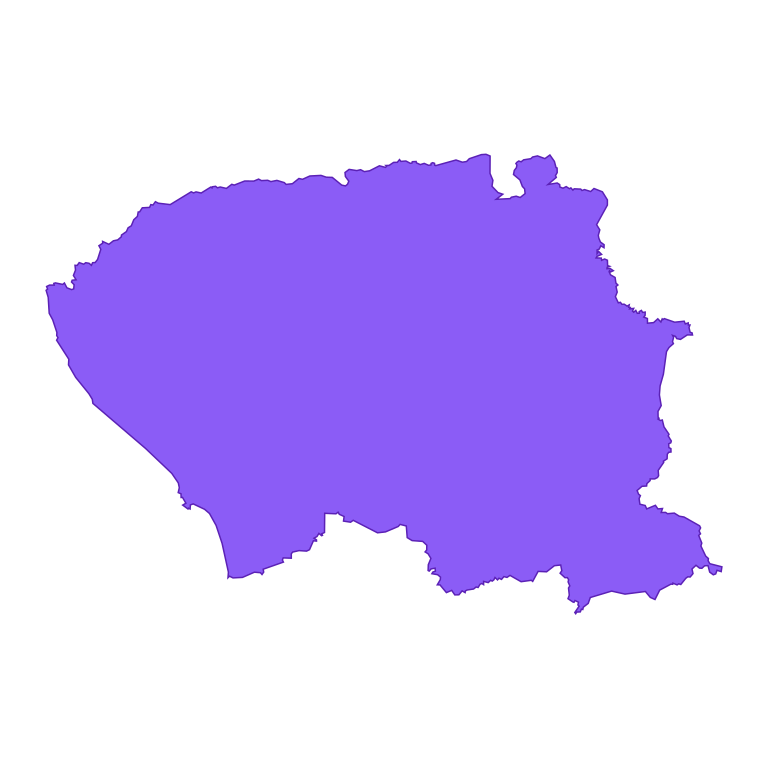 the district of Cabo Corrientes, Jalisco, Mexico
{"feature_id": "50627088B86222630376242", "entity_name": "Cabo Corrientes", "entity_type": "district", "adm_level": 2, "iso_a3": "MEX", "parent_name": "Mexico", "parent_adm1": "Jalisco", "projection": "albers", "projection_center": [-105.39, 20.333], "detail": "fine", "context": "isolated", "style": "filled", "palette": "violet", "viewbox_px": 768, "rotation_deg": 0, "n_neighbors": 0, "source": "geoboundaries", "source_scale": "gbopen_adm2", "svg_char_len": 6090}
<svg xmlns="http://www.w3.org/2000/svg" viewBox="0 0 768 768"><path d="M490.1,156.0L486.0,154.3L481.4,154.6L469.3,158.7L466.6,161.5L462.4,162.2L456.0,160.0L435.8,165.6L434.8,165.3L434.5,163.3L432.7,162.7L431.1,163.4L431.0,164.9L428.6,165.3L424.2,163.4L420.3,164.6L416.5,162.9L416.1,161.5L412.3,161.7L411.9,163.1L410.3,163.3L405.9,161.0L400.9,161.4L399.5,159.6L397.3,162.3L393.6,162.4L389.1,165.4L386.0,165.5L386.7,166.1L385.5,167.4L379.4,165.8L369.6,170.8L364.3,171.6L360.6,169.7L356.8,170.6L349.1,169.4L345.0,172.5L345.4,176.5L348.8,181.2L347.5,184.3L345.5,185.9L341.7,185.1L332.3,177.4L326.3,177.2L321.0,175.4L309.8,176.0L302.5,179.3L298.9,178.5L292.4,183.7L286.1,184.4L284.3,182.6L276.9,180.4L270.9,181.6L267.7,180.3L261.4,180.6L258.6,179.1L253.8,181.1L244.7,181.0L234.2,185.1L231.8,184.3L226.4,188.4L220.2,187.0L217.4,187.8L215.6,186.3L212.2,186.8L212.0,187.9L210.7,187.1L201.2,193.0L196.0,191.9L193.6,192.9L191.2,191.8L170.2,204.6L158.3,203.2L155.4,201.7L153.0,205.0L150.8,204.6L149.6,207.4L142.3,207.8L139.6,211.9L138.2,212.0L137.4,216.4L133.8,219.7L131.3,225.8L128.1,227.8L126.4,231.6L121.5,235.0L121.3,236.8L117.7,239.9L113.4,240.8L108.9,244.3L102.6,241.4L102.7,243.2L98.9,245.7L100.8,249.3L97.6,259.4L95.2,262.5L92.6,262.7L91.4,265.3L89.1,263.3L85.7,262.7L83.7,264.2L79.2,262.6L77.2,265.4L75.0,265.3L75.5,270.1L73.4,275.5L76.1,279.8L72.2,280.2L71.5,282.0L74.1,284.7L73.7,288.9L71.6,289.6L66.9,287.8L64.4,283.0L62.7,284.4L55.4,282.9L53.8,283.4L54.2,285.1L49.5,285.1L46.6,286.5L47.6,289.1L46.1,290.3L48.2,297.3L49.2,313.3L52.7,319.8L56.9,332.5L56.7,335.6L58.0,337.6L56.6,340.2L68.8,359.2L68.5,364.9L75.7,377.4L88.9,393.7L92.3,399.3L92.9,403.4L145.5,448.4L171.8,473.4L178.3,482.9L179.3,487.7L178.2,492.6L181.0,493.8L181.1,497.5L182.5,497.4L185.9,503.2L182.7,505.1L188.0,509.0L188.5,508.2L190.1,509.0L190.4,504.9L193.2,503.9L204.6,509.3L209.5,513.5L216.1,525.4L222.1,543.4L228.4,572.1L228.0,577.7L229.5,576.2L233.0,577.9L242.5,577.4L254.4,572.2L260.4,572.7L262.0,574.5L263.7,572.1L263.2,569.2L283.4,562.1L282.4,560.0L283.2,557.9L291.3,558.2L291.3,553.8L292.6,552.1L299.0,550.6L306.6,551.1L309.5,549.7L313.4,540.8L316.5,541.1L316.5,539.9L314.0,538.2L317.0,536.5L318.9,533.4L321.6,535.7L322.5,535.3L321.7,533.8L324.5,532.5L324.7,513.3L336.0,513.8L338.1,512.2L339.3,514.3L344.1,516.5L343.5,521.1L350.6,522.2L353.2,520.3L377.5,532.8L385.5,531.9L398.2,526.5L400.1,524.4L406.3,526.0L407.2,537.6L412.1,540.6L422.7,541.4L426.8,545.2L426.7,550.0L425.1,551.9L428.1,553.8L430.9,558.4L428.3,564.7L428.1,570.5L429.2,571.1L431.1,568.9L435.1,568.2L435.4,571.2L432.9,572.0L431.9,573.7L437.6,574.7L440.5,577.1L440.3,579.6L437.3,584.8L440.0,584.9L446.4,592.6L451.7,590.4L454.8,594.9L458.9,594.8L462.1,590.9L465.1,592.6L465.4,590.9L467.2,590.0L473.6,589.0L476.1,587.0L478.1,587.5L480.1,584.2L481.9,583.5L483.6,584.6L483.6,581.4L488.2,582.6L490.7,580.3L492.2,581.1L493.8,579.9L495.0,577.5L497.5,579.9L499.0,578.2L501.5,579.4L503.9,576.6L507.0,577.4L510.0,575.4L521.1,581.7L531.3,580.3L532.7,581.4L538.1,571.4L546.6,571.8L554.4,565.7L560.7,565.0L561.8,570.7L560.1,573.2L565.0,577.7L567.4,577.6L568.6,579.7L568.1,581.9L569.8,585.9L568.5,588.0L569.3,595.2L568.0,598.7L572.9,602.0L574.0,602.3L575.0,600.5L578.5,602.2L577.9,604.9L579.1,606.2L574.8,612.5L575.7,613.7L576.7,612.1L580.3,611.9L581.4,609.2L582.8,609.5L583.3,607.2L588.2,603.4L590.3,597.5L611.6,591.1L625.0,594.1L645.4,591.5L650.3,597.4L655.0,599.5L659.7,590.1L671.0,584.1L672.7,584.3L672.9,583.1L677.1,584.9L678.7,583.8L680.8,584.5L685.8,578.3L687.8,576.8L690.2,577.0L693.0,573.6L692.0,569.0L696.0,565.3L699.5,568.1L701.9,568.3L704.6,565.8L708.0,565.6L709.7,572.1L713.3,574.8L715.7,573.9L717.0,570.3L721.2,571.6L721.9,566.8L709.8,563.7L708.1,560.7L708.4,558.5L705.7,556.1L700.9,546.0L701.8,543.1L698.7,535.4L700.5,533.8L699.1,530.9L700.6,527.9L699.6,525.8L684.0,517.0L679.3,516.2L674.3,513.1L667.4,513.7L665.6,512.4L661.2,512.5L662.5,508.5L657.9,508.9L655.4,505.3L646.7,508.9L645.2,505.5L639.9,504.2L639.1,498.6L640.4,495.6L638.6,494.2L637.1,490.5L642.0,486.3L646.6,486.0L646.9,483.6L650.1,480.6L650.2,478.9L654.8,478.9L657.5,477.5L658.6,475.7L658.2,470.4L663.7,462.4L663.4,461.2L667.1,458.8L667.3,454.2L668.7,452.3L671.0,452.0L670.9,448.6L668.9,447.6L668.7,443.8L670.8,442.8L671.3,441.0L668.2,435.9L669.0,434.3L664.0,426.9L662.3,420.0L660.3,420.5L658.0,419.0L659.0,418.2L658.1,417.2L658.0,411.4L661.2,405.6L659.4,394.9L660.1,385.9L663.4,374.2L666.5,351.6L669.0,347.5L673.4,343.6L672.5,341.7L673.6,337.3L672.6,335.4L675.5,336.4L676.7,338.6L680.5,339.4L687.3,334.9L692.5,335.0L692.1,332.9L690.1,332.2L689.0,327.5L690.0,325.0L688.3,325.0L688.2,322.9L685.3,323.9L684.2,321.2L674.7,322.2L664.3,318.6L662.9,319.6L662.2,318.9L660.9,322.0L657.8,318.8L653.6,322.6L647.5,323.2L647.4,318.5L643.8,317.1L645.1,315.4L645.2,312.1L642.6,312.4L641.4,310.4L639.2,311.6L639.3,313.2L637.3,313.3L635.8,310.4L633.7,312.2L632.5,311.1L633.7,308.4L629.6,308.9L630.3,307.5L628.7,307.3L629.2,304.9L627.1,306.1L624.2,304.2L621.9,304.3L620.4,302.3L618.3,302.8L615.4,296.7L617.2,292.1L616.0,286.5L617.9,285.0L615.9,283.0L615.1,277.5L610.5,274.8L609.1,271.7L609.5,270.7L610.7,271.9L613.3,270.7L610.0,268.4L607.0,268.7L607.2,267.2L609.6,266.3L607.6,265.6L607.4,260.2L604.6,259.0L601.6,260.3L601.3,258.1L596.1,257.9L597.1,256.3L601.6,254.4L598.6,251.4L597.1,253.5L597.1,250.0L599.2,249.1L600.8,245.8L604.0,247.7L604.1,244.7L600.4,242.0L598.8,238.1L598.3,235.3L599.8,229.9L596.6,224.7L607.4,205.1L607.4,199.9L602.4,191.8L594.0,188.5L590.7,191.5L584.5,189.6L582.0,190.5L580.7,189.1L574.2,188.8L572.9,190.1L570.9,187.9L569.4,188.7L566.2,186.6L563.0,188.2L559.9,187.0L559.7,184.6L557.2,183.0L548.0,184.5L556.3,177.4L555.5,175.5L557.2,172.6L557.1,168.0L556.0,167.5L554.4,161.4L549.9,155.0L544.9,158.6L537.5,155.9L532.6,157.0L530.8,158.7L523.7,159.8L521.1,161.8L518.8,161.0L517.0,162.2L515.9,163.5L516.9,165.1L516.4,167.7L514.3,170.4L513.5,174.5L519.9,179.9L522.4,186.5L524.6,188.8L525.1,193.6L520.2,197.5L516.2,196.2L511.4,197.2L510.2,198.6L496.2,199.3L502.8,194.2L498.0,192.6L492.0,186.3L492.9,180.3L490.0,173.4L490.1,156.0Z" fill="#8b5cf6" stroke="#5b21b6" stroke-width="1.5"/></svg>